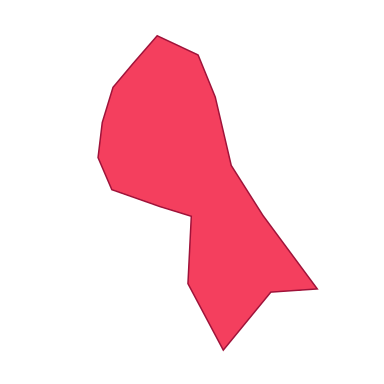 Alithinou, Nicosia, Cyprus (Mercator projection), rotated 332°
{"feature_id": "46923920B55539182746131", "entity_name": "Alithinou", "entity_type": "district", "adm_level": 2, "iso_a3": "CYP", "parent_name": "Cyprus", "parent_adm1": "Nicosia", "projection": "mercator", "projection_center": [33.032, 34.956], "detail": "fine", "context": "isolated", "style": "filled", "palette": "rose", "viewbox_px": 384, "rotation_deg": 332, "n_neighbors": 0, "source": "geoboundaries", "source_scale": "gbopen_adm2", "svg_char_len": 369}
<svg xmlns="http://www.w3.org/2000/svg" viewBox="0 0 384 384"><g transform="rotate(332 192 192)"><path d="M234.6,37.7L200.2,50.9L171.4,62.5L145.4,88.5L125.2,117.5L122.3,152.3L156.9,189.9L180.0,213.1L145.4,271.0L145.4,346.3L214.6,317.4L257.1,336.4L243.6,245.9L239.1,187.0L257.1,119.1L261.7,73.9L234.6,37.7Z" fill="#f43f5e" stroke="#9f1239" stroke-width="1.5"/></g></svg>